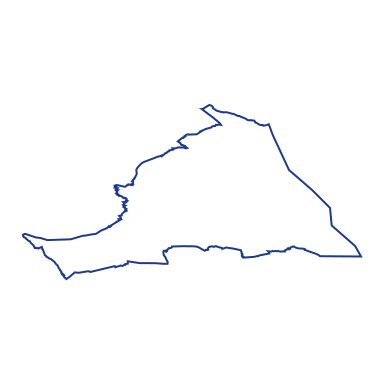 Åsnes nor, Hedmark, Norway
{"feature_id": "86288312B76254808109163", "entity_name": "Åsnes nor", "entity_type": "district", "adm_level": 2, "iso_a3": "NOR", "parent_name": "Norway", "parent_adm1": "Hedmark", "projection": "equal_earth", "projection_center": [12.086, 60.681], "detail": "fine", "context": "isolated", "style": "outline", "palette": "blue", "viewbox_px": 384, "rotation_deg": 0, "n_neighbors": 0, "source": "geoboundaries", "source_scale": "gbopen_adm2", "svg_char_len": 5977}
<svg xmlns="http://www.w3.org/2000/svg" viewBox="0 0 384 384"><path d="M361.0,256.5L355.1,246.0L331.7,225.5L330.0,207.9L312.2,190.1L289.0,170.0L272.8,135.1L268.8,124.3L266.6,125.1L263.5,125.7L263.2,125.7L263.1,125.3L262.7,125.0L260.4,125.0L258.2,124.0L256.9,123.0L255.3,122.5L255.1,121.6L253.8,120.4L252.2,120.6L251.0,120.0L249.6,120.4L247.5,120.0L245.8,118.7L240.6,116.7L239.6,116.0L238.1,116.0L233.3,113.8L232.4,113.8L227.3,112.4L225.6,112.2L223.7,112.5L222.7,112.0L221.9,112.2L216.2,110.5L215.3,109.6L214.4,109.3L213.1,108.3L213.2,107.9L212.8,107.6L212.8,107.0L212.1,106.1L209.5,104.9L203.1,108.7L203.3,108.8L203.3,109.3L202.0,109.2L209.6,115.0L211.7,116.5L218.4,122.0L219.5,123.0L220.9,124.9L218.5,124.6L217.0,125.0L215.9,124.8L215.1,126.0L214.0,126.0L212.1,126.5L211.2,127.5L206.0,128.9L200.8,131.2L201.2,131.4L196.8,134.3L188.4,134.6L188.2,134.3L186.5,134.7L184.7,136.0L185.3,136.4L183.0,138.0L182.6,137.6L177.9,141.3L178.6,141.7L178.7,142.1L179.0,142.4L180.3,142.9L180.4,143.5L181.3,144.5L181.4,145.0L182.5,145.0L185.2,146.1L185.9,146.9L185.8,147.2L186.8,147.6L187.2,148.0L186.4,148.1L185.8,148.4L184.0,147.6L182.9,147.4L181.1,147.6L179.6,147.3L179.0,147.5L177.6,147.5L175.8,148.3L172.4,148.3L172.8,148.9L173.4,149.2L173.4,149.5L170.9,150.2L169.3,150.3L169.2,151.0L168.9,151.1L168.8,151.4L167.7,151.6L167.5,152.0L166.5,152.7L166.5,152.9L165.1,153.3L163.8,154.8L162.4,155.2L162.5,155.3L162.2,155.7L162.3,155.9L161.9,156.3L161.6,156.4L160.7,156.0L158.0,156.6L144.1,161.9L141.7,163.2L137.7,167.3L136.3,169.8L136.5,171.9L136.8,173.4L136.4,174.8L135.2,177.0L133.4,179.5L133.7,179.5L132.1,181.2L132.9,181.6L132.7,182.1L133.0,182.7L132.4,183.5L133.0,183.6L133.3,184.2L132.6,185.2L131.6,184.8L131.1,185.0L130.9,184.6L130.6,184.5L129.8,184.6L129.6,184.4L128.6,184.6L128.3,184.5L128.2,184.6L128.3,184.7L127.9,184.7L127.9,184.9L127.4,184.9L127.4,185.2L125.0,186.8L116.8,185.0L115.8,185.3L116.3,185.5L115.8,185.7L116.1,185.9L114.8,186.3L114.7,186.7L115.4,186.7L115.2,187.0L116.0,187.1L115.8,187.5L116.1,187.6L115.7,187.8L117.6,188.2L117.0,188.7L116.3,188.7L116.4,189.1L115.9,189.5L116.4,189.9L116.8,189.6L117.1,189.9L116.8,190.1L117.6,190.2L116.9,190.6L116.6,190.4L116.5,190.6L116.8,190.8L116.5,191.1L116.6,191.4L117.0,191.3L117.3,191.2L117.4,191.4L116.9,192.3L117.1,192.5L117.1,193.1L116.7,193.2L116.8,193.4L116.6,193.6L117.1,193.9L116.6,194.0L117.0,194.3L117.5,194.1L117.5,194.3L117.0,194.5L117.1,194.8L118.0,195.1L118.3,195.0L118.3,194.8L118.5,194.8L118.6,195.2L119.1,195.4L118.7,195.6L118.9,195.9L119.4,195.8L121.7,196.4L122.4,196.9L122.8,197.4L123.7,197.6L123.3,197.8L123.4,198.0L124.1,197.7L124.8,198.2L125.0,198.2L124.9,197.9L125.3,198.0L125.7,198.5L126.4,198.7L126.4,199.1L126.6,199.3L126.3,199.9L127.0,200.4L126.2,200.6L126.4,200.9L126.7,200.7L127.1,200.9L127.2,201.3L126.0,201.8L125.6,202.2L124.7,202.2L124.5,201.9L123.5,202.1L124.5,202.7L124.0,202.8L124.4,203.1L124.4,203.5L124.2,203.7L124.5,204.1L124.4,204.4L124.6,204.4L123.4,204.9L124.5,205.5L124.0,205.8L124.4,206.1L124.0,206.4L124.6,206.3L124.0,206.8L123.7,206.9L123.5,206.6L123.4,206.8L124.5,207.1L124.4,207.5L124.7,208.2L125.3,208.2L125.4,208.7L125.9,208.8L125.6,209.1L126.4,209.7L126.2,210.2L126.6,210.8L125.3,211.3L124.9,210.8L123.8,212.3L122.0,213.9L121.7,214.5L121.7,215.4L120.7,215.8L120.2,215.6L119.2,215.9L120.5,217.4L121.3,219.1L119.4,219.1L119.8,219.4L119.2,219.7L119.8,220.1L117.8,221.4L116.5,221.7L116.3,221.9L116.5,222.1L110.1,226.0L111.0,226.0L110.3,226.8L109.3,227.1L108.9,226.8L108.9,227.0L108.0,227.1L107.7,227.5L106.5,228.3L101.2,230.5L96.4,233.6L95.6,233.9L90.4,234.6L85.1,235.6L82.6,235.8L70.8,239.3L47.4,240.1L40.5,238.0L36.1,237.5L25.6,234.0L24.7,233.9L24.2,234.3L23.1,234.7L23.2,234.9L23.0,235.9L23.4,236.3L23.5,236.9L25.6,237.9L25.9,238.6L27.5,239.8L27.9,240.5L30.0,241.4L30.6,242.7L33.5,245.3L33.9,246.4L34.5,247.1L34.4,247.6L34.9,248.2L36.0,247.9L36.4,248.2L37.8,248.0L38.4,248.5L41.8,246.9L42.1,248.1L42.4,248.3L42.2,249.0L42.8,249.5L42.8,249.8L43.6,251.2L43.6,252.0L44.4,253.3L44.9,255.1L46.7,256.6L46.7,257.0L48.6,257.8L49.2,258.5L50.6,258.9L51.5,259.5L54.7,262.1L55.8,263.8L57.6,265.5L58.4,267.4L60.3,270.3L60.2,270.5L61.2,271.4L61.1,271.7L61.6,272.6L61.4,272.9L62.3,273.6L61.8,273.8L62.2,274.5L63.2,275.5L63.4,275.5L63.5,275.2L63.9,275.1L64.3,275.3L64.4,275.6L64.1,275.8L63.9,276.6L64.8,277.8L65.7,278.2L66.3,279.1L69.6,276.8L74.8,272.4L78.7,272.8L88.1,271.2L89.5,271.5L90.2,272.0L114.8,266.1L115.4,267.3L120.8,265.5L121.4,265.8L122.6,265.9L124.4,264.9L125.1,264.9L125.2,264.1L127.8,263.7L127.8,261.3L139.7,263.1L155.9,263.2L163.3,263.8L167.5,263.8L167.7,262.0L166.3,259.4L165.3,257.0L163.7,255.1L163.4,252.5L163.5,251.4L163.7,250.9L164.7,250.9L165.7,251.5L165.6,250.7L166.9,250.9L166.7,250.2L168.1,249.1L168.2,248.8L168.5,248.8L168.8,248.2L170.9,247.9L171.7,247.5L171.9,246.6L172.9,246.5L182.5,246.2L193.0,246.3L195.9,246.5L198.3,247.1L205.2,251.1L205.0,250.9L205.2,250.7L205.1,250.4L205.7,249.9L207.5,250.0L207.7,249.5L208.1,249.5L207.8,248.6L208.4,247.6L209.1,247.2L209.3,246.8L209.7,246.9L210.4,246.6L212.6,246.3L213.3,246.8L214.6,246.7L215.3,246.2L216.0,246.1L217.7,246.9L222.0,248.0L222.2,248.7L222.5,248.4L223.0,248.6L224.0,248.4L225.9,247.5L233.4,248.6L241.0,250.3L241.1,251.3L241.5,251.9L241.6,252.6L242.3,253.9L241.9,254.0L242.4,254.8L242.0,255.0L241.8,255.8L242.2,256.6L242.6,256.6L243.0,257.4L243.3,257.4L243.4,256.9L244.0,257.1L244.0,257.6L254.5,256.8L257.5,256.0L258.3,256.1L259.1,255.5L269.2,253.5L268.8,252.9L268.6,251.7L268.2,251.3L270.5,251.6L271.5,251.5L272.3,251.0L273.2,251.3L275.1,251.0L276.5,251.2L278.0,251.0L280.7,251.7L281.6,251.4L284.3,251.5L284.2,251.2L285.1,250.8L284.9,250.5L285.2,250.1L287.1,249.4L287.4,248.8L288.1,248.2L288.7,248.8L288.7,249.3L289.2,249.4L290.0,248.9L290.2,248.5L290.0,248.0L290.6,247.4L291.7,247.2L292.2,246.7L293.9,246.4L294.7,247.1L295.8,247.6L297.9,248.3L301.4,248.6L302.7,248.5L303.6,248.9L304.6,248.9L305.0,249.3L304.8,249.9L315.7,253.7L318.7,255.1L320.0,256.2L361.0,256.5Z" fill="none" stroke="#1e3a8a" stroke-width="2"/></svg>